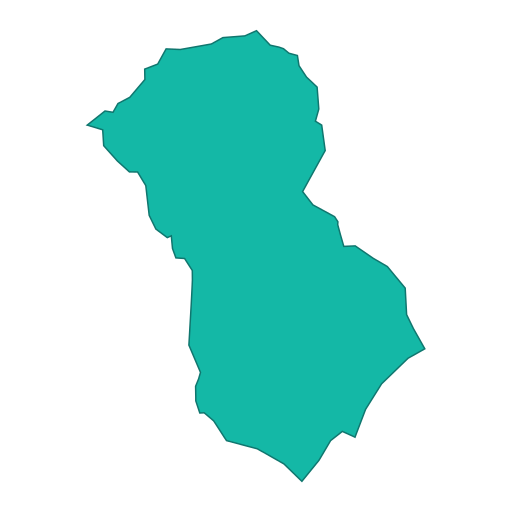 the district of Arroyo, Puerto Rico
{"feature_id": "32010507B29338824934020", "entity_name": "Arroyo", "entity_type": "district", "adm_level": 2, "iso_a3": "PRI", "parent_name": "Puerto Rico", "parent_adm1": "", "projection": "robinson", "projection_center": [-66.058, 17.997], "detail": "fine", "context": "isolated", "style": "filled", "palette": "teal", "viewbox_px": 512, "rotation_deg": 0, "n_neighbors": 0, "source": "geoboundaries", "source_scale": "gbopen_adm2", "svg_char_len": 1325}
<svg xmlns="http://www.w3.org/2000/svg" viewBox="0 0 512 512"><path d="M199.8,413.0L204.2,412.8L209.4,417.2L213.7,420.9L216.7,425.5L219.3,429.5L224.0,436.8L224.1,437.0L226.0,439.8L226.5,440.6L249.0,446.6L251.7,447.3L257.3,448.8L260.8,450.8L262.2,451.6L262.5,451.7L283.9,463.9L293.6,473.3L300.0,479.5L301.9,481.3L315.8,464.2L318.9,460.4L321.0,456.9L330.6,440.6L341.7,431.9L342.3,431.4L353.6,436.5L355.0,437.2L356.3,433.7L365.6,409.3L379.9,386.5L381.6,383.8L408.1,358.2L424.8,348.8L413.4,328.6L406.6,314.6L405.2,288.1L394.4,275.1L387.4,266.6L373.2,258.3L355.2,245.9L343.8,246.4L340.5,235.0L337.7,224.6L337.9,221.8L334.6,216.7L312.9,204.9L302.6,191.6L308.3,181.2L323.6,153.4L325.2,150.6L321.7,125.1L315.4,121.2L318.8,109.0L317.1,87.1L306.5,77.1L299.0,65.7L297.4,55.5L288.9,53.2L283.5,48.7L278.9,47.1L270.2,45.2L256.5,30.7L244.8,35.9L222.9,37.6L211.3,44.0L180.3,49.5L166.1,48.9L157.7,64.1L144.7,69.1L144.9,79.5L129.8,97.3L118.0,103.5L113.0,112.3L105.0,111.0L87.2,125.1L102.7,129.8L103.7,145.7L117.4,161.0L129.4,171.9L137.6,172.0L145.8,185.6L149.2,215.4L155.9,229.1L167.3,237.6L171.3,235.8L172.5,248.5L175.9,257.9L184.6,258.5L192.3,270.5L192.4,280.2L192.2,284.9L191.9,291.3L191.2,304.9L188.9,345.1L200.5,372.4L198.6,378.9L195.6,386.3L195.8,397.7L195.8,400.9L199.8,413.0Z" fill="#14b8a6" stroke="#0f766e" stroke-width="1.5"/></svg>